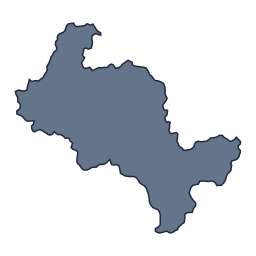 Frei Inocêncio, Minas Gerais, Brazil
{"feature_id": "56859067B46677455197451", "entity_name": "Frei Inocêncio", "entity_type": "district", "adm_level": 2, "iso_a3": "BRA", "parent_name": "Brazil", "parent_adm1": "Minas Gerais", "projection": "robinson", "projection_center": [-41.872, -18.522], "detail": "fine", "context": "isolated", "style": "filled", "palette": "slate", "viewbox_px": 256, "rotation_deg": 0, "n_neighbors": 0, "source": "geoboundaries", "source_scale": "gbopen_adm2", "svg_char_len": 3883}
<svg xmlns="http://www.w3.org/2000/svg" viewBox="0 0 256 256"><path d="M92.9,24.1L90.8,25.2L88.7,24.4L86.9,23.8L85.4,25.2L82.9,25.9L79.1,26.3L76.2,26.7L74.7,25.5L73.7,23.1L70.7,23.5L68.2,24.0L66.5,25.9L65.7,28.4L64.8,30.9L62.5,32.8L59.8,33.6L58.1,35.2L57.2,37.5L57.7,39.5L55.8,41.5L55.4,44.6L56.8,47.9L56.2,50.3L53.7,52.2L52.7,54.8L51.1,56.7L50.2,59.9L48.7,63.4L46.9,66.6L47.2,69.9L46.0,72.7L44.2,75.3L43.2,77.3L40.7,79.2L38.4,81.0L36.6,80.7L34.6,80.8L31.8,81.5L29.3,79.5L28.5,83.1L27.5,86.4L27.0,89.6L24.9,91.0L22.7,90.9L20.4,90.4L18.1,90.1L15.4,91.5L16.0,94.3L17.5,97.1L17.8,99.3L17.8,101.7L19.4,103.2L20.4,105.1L20.1,107.8L18.7,109.5L16.7,111.1L17.0,114.0L19.7,115.1L22.1,116.2L24.2,118.5L26.2,120.7L28.3,121.2L31.1,120.8L34.2,121.2L33.4,124.2L31.6,125.9L31.7,128.6L33.0,131.2L34.8,131.8L36.7,130.7L39.7,129.6L42.1,130.5L44.0,131.9L46.3,133.1L48.1,134.6L50.1,135.0L52.0,134.5L54.3,131.9L55.8,133.1L57.7,134.6L60.2,134.5L63.0,135.9L65.3,138.3L68.7,138.0L70.3,141.3L72.5,143.0L71.9,145.3L71.1,147.5L72.5,148.9L75.3,150.2L77.7,151.5L77.6,154.9L77.0,158.1L76.9,160.7L77.4,163.1L79.7,165.3L81.5,168.0L82.9,169.6L84.8,170.2L87.5,169.8L90.0,168.6L92.1,167.3L94.4,167.1L96.3,167.2L98.0,165.6L99.7,164.5L102.6,164.5L104.7,163.9L106.6,162.6L108.1,161.0L109.9,159.6L110.6,162.0L111.5,164.5L114.1,165.0L117.4,164.7L119.1,166.4L119.8,169.1L120.5,173.3L123.0,174.8L125.3,176.0L128.3,176.4L130.6,176.6L132.5,176.5L134.6,176.7L136.6,177.9L138.1,179.9L139.7,182.8L142.0,184.5L143.9,185.5L145.4,187.0L146.7,188.9L147.3,191.2L148.3,193.8L148.8,196.4L149.2,198.6L149.3,201.3L150.6,204.7L152.6,207.3L155.3,208.7L157.8,209.5L159.0,211.3L160.0,213.4L160.3,215.5L160.2,218.4L160.3,221.2L160.2,225.0L158.3,227.1L155.5,228.5L155.3,231.1L157.0,232.2L158.7,232.9L161.3,232.7L164.1,231.8L167.0,231.2L169.6,232.8L171.8,232.7L173.4,231.8L175.3,230.6L177.7,229.6L178.3,227.4L180.1,225.7L181.8,224.2L184.2,222.4L184.8,218.2L184.9,214.2L187.2,212.6L190.0,212.5L192.4,212.2L192.9,209.8L194.1,207.5L195.7,205.7L195.6,202.8L193.7,200.9L191.9,198.4L190.4,196.0L189.2,193.1L190.2,189.5L191.3,186.9L193.2,185.3L195.5,184.6L198.3,184.2L199.7,181.3L202.2,181.0L205.3,181.2L208.5,181.5L210.8,181.0L213.1,181.2L215.6,183.1L216.8,185.6L218.7,185.3L221.2,185.3L223.9,182.7L225.7,179.4L226.4,176.1L227.8,173.4L229.4,172.1L230.9,170.6L231.1,168.0L231.7,165.5L230.8,163.7L231.8,160.9L234.2,160.3L236.9,159.3L238.9,156.9L239.4,154.5L240.5,152.0L239.9,149.8L238.5,148.6L238.0,146.1L240.3,144.0L240.6,141.8L239.1,140.1L237.7,138.7L236.3,137.2L234.3,139.6L231.9,141.0L229.6,141.2L227.6,139.5L225.5,138.2L223.8,137.2L222.5,135.4L219.5,135.3L216.9,137.0L213.8,137.7L210.8,138.0L208.9,139.6L206.7,141.0L204.4,141.4L202.3,141.7L200.3,141.7L198.1,141.2L195.8,142.3L194.5,143.9L194.1,146.7L192.2,148.3L190.5,149.4L188.1,149.9L185.4,150.3L183.4,150.2L182.3,148.2L180.4,147.2L179.0,145.8L178.2,143.8L176.8,140.7L177.6,136.8L177.8,134.2L176.4,132.5L173.9,133.1L170.7,133.7L168.9,130.7L169.6,127.3L169.5,125.1L170.2,122.4L168.3,121.6L166.6,122.5L165.2,119.9L165.0,116.8L166.8,115.3L167.3,112.8L167.5,110.3L164.5,110.1L163.4,108.2L162.7,105.2L164.6,102.6L166.2,100.4L167.1,98.1L165.9,96.1L165.0,93.7L165.2,90.6L164.8,86.6L163.6,83.6L161.1,82.0L158.0,80.8L155.0,80.5L153.1,78.1L151.5,76.0L149.5,74.5L148.3,71.3L146.2,68.1L143.9,67.3L141.0,67.0L138.2,66.6L135.3,66.2L132.5,65.0L132.0,62.2L130.2,61.3L128.1,60.3L126.1,61.6L124.2,63.1L122.1,64.5L121.0,66.1L118.6,67.7L115.6,68.3L114.3,66.4L113.0,64.7L111.1,64.1L109.3,65.1L107.4,67.4L104.4,67.4L101.3,67.8L98.9,67.5L96.7,68.6L94.2,69.9L92.3,70.7L91.1,68.7L89.5,67.3L87.4,68.1L84.5,68.3L82.4,66.0L81.6,62.4L83.5,59.7L84.6,57.6L82.4,55.5L83.0,53.1L83.7,50.7L83.9,48.7L86.1,48.1L88.3,49.1L91.1,48.2L92.2,44.9L92.4,41.6L91.8,39.1L91.9,36.3L94.2,34.1L96.6,33.8L98.7,34.8L100.8,35.0L100.5,32.7L98.6,31.7L96.9,30.3L95.4,28.1L94.2,26.1L92.9,24.1Z" fill="#64748b" stroke="#1e293b" stroke-width="1.5"/></svg>